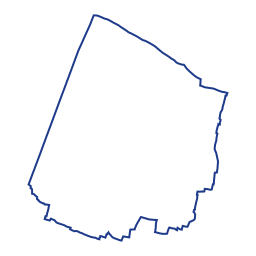 outline of Khwao Sin Rin, Surin, Thailand
{"feature_id": "78962969B63758563457918", "entity_name": "Khwao Sin Rin", "entity_type": "district", "adm_level": 2, "iso_a3": "THA", "parent_name": "Thailand", "parent_adm1": "Surin", "projection": "natural_earth1", "projection_center": [103.61, 15.013], "detail": "fine", "context": "isolated", "style": "outline", "palette": "blue", "viewbox_px": 256, "rotation_deg": 0, "n_neighbors": 0, "source": "geoboundaries", "source_scale": "gbopen_adm2", "svg_char_len": 5472}
<svg xmlns="http://www.w3.org/2000/svg" viewBox="0 0 256 256"><path d="M93.7,15.4L93.2,16.6L90.8,22.8L90.0,24.8L87.9,29.5L85.6,34.5L82.8,40.8L82.3,42.0L78.5,50.3L77.7,52.4L70.7,71.4L66.0,84.0L64.6,87.8L64.4,88.3L63.4,91.0L61.6,95.7L51.0,124.4L49.3,128.9L47.6,133.5L46.7,135.8L46.3,137.0L42.5,147.3L40.5,152.8L35.0,167.4L34.3,169.4L32.8,173.2L29.6,181.8L28.6,184.4L28.8,184.5L29.6,185.3L30.6,185.9L30.7,186.0L30.6,186.4L30.6,186.6L30.8,187.1L30.8,187.4L30.6,188.1L30.6,188.3L30.8,188.4L31.6,188.7L31.8,188.9L31.9,189.1L32.1,190.4L32.1,190.7L32.1,191.5L32.1,192.8L32.1,193.8L32.4,193.9L33.1,193.9L33.4,194.0L33.9,194.2L34.2,194.4L34.8,195.1L35.5,195.7L37.2,197.1L37.2,197.3L37.0,198.8L37.0,199.0L37.7,199.6L38.3,199.9L38.3,200.2L38.3,200.4L38.7,200.7L39.2,201.1L39.4,201.5L39.6,201.6L40.8,202.4L41.2,202.6L41.6,202.6L41.9,202.8L43.1,203.5L43.6,203.3L44.3,203.7L44.4,203.8L44.5,204.1L44.7,204.4L44.9,204.5L45.2,204.6L45.4,204.6L45.6,204.6L45.9,204.5L47.1,204.6L48.0,204.8L48.5,204.9L49.2,205.0L48.9,206.3L48.5,207.9L48.4,209.0L48.1,210.0L47.4,212.6L47.1,213.3L47.0,214.0L46.7,215.6L46.5,216.3L45.5,216.2L45.1,217.5L44.9,218.1L44.7,219.1L47.1,219.8L49.6,220.5L49.8,220.5L50.1,220.0L50.4,219.5L50.7,218.7L50.9,218.6L51.4,218.9L52.0,219.2L54.0,220.0L54.5,220.2L54.7,220.4L54.9,220.6L55.4,221.3L56.2,222.2L56.4,222.4L56.6,222.5L57.6,223.0L60.1,223.9L63.4,224.9L64.5,225.3L65.0,225.6L65.5,226.0L65.8,226.2L66.3,226.3L66.9,226.7L67.9,227.0L68.4,227.1L69.0,227.2L69.6,227.4L70.6,227.7L70.0,229.1L70.7,229.6L71.5,229.9L71.9,230.2L73.1,230.7L74.3,231.2L74.9,231.2L75.3,231.1L75.7,231.0L76.6,231.0L76.9,231.1L77.3,231.3L77.9,231.6L78.2,231.6L78.6,231.7L78.7,231.8L79.1,232.1L79.8,232.5L80.2,232.7L81.5,233.0L84.4,234.4L88.4,236.0L89.0,236.2L90.0,236.6L92.0,237.2L94.4,237.6L95.7,237.8L96.6,238.4L98.7,239.2L99.3,239.3L99.3,239.1L99.5,238.5L99.6,237.6L100.0,237.5L100.4,236.4L100.4,236.1L102.3,236.5L102.7,236.7L103.6,237.0L105.2,237.5L105.4,237.6L106.2,235.5L106.4,234.5L106.8,234.5L107.1,234.4L107.2,234.2L107.4,233.5L107.4,233.4L107.5,233.3L107.8,233.4L108.0,233.4L108.5,232.5L108.7,232.9L108.9,233.2L109.1,233.4L109.6,234.0L110.4,234.9L112.0,236.8L112.3,237.1L112.8,237.4L113.7,237.9L114.2,238.2L114.7,238.4L116.2,238.8L117.2,239.2L118.1,239.6L120.5,240.4L121.5,240.6L123.2,236.4L129.2,237.4L129.6,234.5L130.3,229.6L134.7,229.4L134.8,228.6L136.2,225.4L136.4,224.8L140.9,217.0L149.5,219.5L151.8,219.6L153.0,219.8L156.8,220.0L156.2,222.1L156.1,222.7L155.8,225.1L155.8,225.8L155.8,226.7L155.6,228.8L155.5,229.6L155.0,232.1L156.3,232.4L160.0,233.4L163.1,233.9L164.9,233.8L166.7,233.8L166.9,233.7L167.1,233.6L167.2,233.3L167.3,232.7L168.4,229.4L169.2,227.6L169.5,227.5L171.6,228.2L172.1,228.3L174.3,228.6L174.7,228.7L175.1,228.9L175.7,229.5L176.1,229.6L176.4,229.9L177.0,230.2L177.4,228.2L177.5,227.9L177.6,228.0L178.6,228.4L179.2,228.8L179.7,229.1L180.1,229.3L181.7,229.7L182.2,227.9L182.7,225.9L185.3,226.5L187.4,226.8L188.0,225.8L189.5,222.0L191.0,221.4L192.8,220.5L193.6,220.2L193.8,220.0L194.3,219.6L194.6,219.1L194.8,218.7L195.0,217.1L195.1,215.3L195.2,214.8L195.1,214.3L195.0,214.0L194.5,212.9L194.2,212.4L193.6,212.0L193.5,211.9L193.5,211.7L193.7,211.3L193.9,210.5L194.1,209.7L194.3,209.6L194.8,209.7L194.9,209.4L195.0,208.0L195.1,207.2L195.4,205.8L195.9,203.7L196.1,202.5L196.4,201.4L196.7,200.3L197.0,199.3L197.1,198.9L197.2,197.8L197.2,196.9L197.3,196.5L197.6,195.1L197.1,195.0L196.9,194.9L196.9,194.4L196.9,194.0L197.3,192.9L197.5,191.6L199.3,191.7L200.9,191.6L202.5,191.6L202.7,191.4L202.8,191.4L204.1,191.6L204.3,191.4L204.8,189.0L204.8,188.9L205.0,188.9L207.6,189.1L210.0,189.7L210.3,189.8L211.3,189.6L211.6,189.6L211.8,189.3L212.6,185.6L212.9,184.2L213.0,184.1L213.6,184.3L213.9,183.3L213.9,182.7L213.9,181.8L214.0,180.1L214.1,179.5L214.6,174.5L214.8,172.8L214.9,172.6L216.2,172.5L216.9,172.5L217.0,172.4L217.1,170.3L217.5,168.6L217.5,168.0L217.7,165.5L217.9,163.4L218.0,161.3L216.2,153.0L214.9,149.9L214.7,149.1L214.7,148.7L214.7,147.9L215.0,145.5L215.1,144.7L215.4,143.6L215.8,142.2L216.3,140.5L216.4,139.7L216.5,138.0L217.4,133.5L217.3,133.4L216.5,133.1L216.4,133.1L216.5,131.3L217.0,129.0L217.3,128.2L217.6,126.6L217.8,126.4L218.0,125.6L218.4,124.3L218.4,124.2L218.6,124.3L219.6,124.7L219.8,124.7L219.9,122.5L220.0,122.1L220.2,121.8L220.4,120.9L220.6,120.0L220.6,119.6L220.2,119.3L219.7,119.1L219.6,118.9L219.5,118.5L219.5,118.2L219.6,117.5L219.9,117.0L219.9,115.9L220.1,114.9L220.2,113.9L220.6,112.6L220.7,112.1L221.2,111.4L221.8,110.5L222.0,110.2L222.4,108.9L222.5,108.6L222.6,107.3L222.7,106.9L222.9,106.0L223.2,105.0L223.5,104.2L223.7,103.5L223.9,102.7L225.0,98.2L225.1,97.8L225.3,96.8L225.5,95.5L225.6,95.4L226.5,95.6L227.4,93.0L226.1,92.6L225.3,92.4L224.6,92.2L222.4,91.9L220.7,91.4L217.9,90.4L214.9,89.1L214.3,88.9L213.7,88.7L212.7,88.4L212.3,88.4L211.3,88.2L210.1,88.1L207.1,87.6L206.9,87.6L206.6,87.6L204.6,87.2L201.3,85.9L200.9,85.7L200.2,85.6L200.1,85.4L200.3,84.8L200.4,83.5L200.5,81.8L200.5,80.7L200.7,79.2L199.0,78.4L197.8,77.8L197.2,77.6L194.1,75.4L190.0,71.8L186.6,68.5L184.0,64.8L183.4,64.7L182.8,64.7L182.2,64.7L181.1,64.4L180.4,64.1L178.4,63.5L176.6,62.6L175.9,62.0L174.4,60.4L172.9,59.4L171.4,58.6L170.3,57.8L169.0,56.8L166.4,55.1L162.7,52.8L160.0,50.6L157.1,48.1L155.1,46.4L152.1,44.5L149.1,42.8L145.2,40.8L142.6,40.0L136.5,36.2L130.9,33.3L128.4,32.2L127.1,31.1L123.5,28.7L121.0,27.1L118.4,25.2L113.3,22.6L110.8,21.1L108.8,20.0L107.0,19.2L104.5,18.6L101.9,17.4L98.3,15.9L96.1,15.4L93.7,15.4Z" fill="none" stroke="#1e3a8a" stroke-width="2"/></svg>